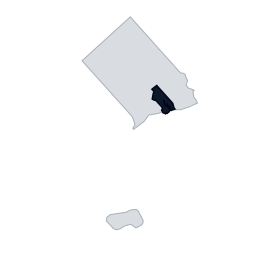 Mbini, Litoral, Equatorial Guinea (highlighted), rotated 228°
{"feature_id": "11065452B69337055746076", "entity_name": "Mbini", "entity_type": "district", "adm_level": 2, "iso_a3": "GNQ", "parent_name": "Equatorial Guinea", "parent_adm1": "Litoral", "projection": "mercator", "projection_center": [9.733, 1.591], "detail": "fine", "context": "in_parent", "style": "filled", "palette": "ink", "viewbox_px": 256, "rotation_deg": 228, "n_neighbors": 0, "source": "geoboundaries", "source_scale": "gbopen_adm2", "svg_char_len": 3794}
<svg xmlns="http://www.w3.org/2000/svg" viewBox="0 0 256 256"><g transform="rotate(228 128 128)"><path d="M208.7,138.8L208.8,151.7L208.9,162.7L208.9,174.5L209.0,186.9L209.0,197.3L209.1,204.1L197.6,204.0L182.5,204.0L167.3,203.9L152.1,203.9L144.4,203.9L136.0,203.8L133.3,204.2L131.5,205.9L129.2,206.3L126.6,204.8L123.5,204.1L122.6,202.6L121.1,199.9L117.9,199.6L116.4,199.9L114.1,201.4L111.6,202.3L112.0,201.0L107.0,197.6L103.4,197.3L100.1,196.3L102.8,187.5L106.2,179.7L111.2,173.8L113.9,172.4L114.7,169.5L118.7,160.0L123.7,152.2L122.1,144.3L123.3,131.1L124.7,131.5L125.0,132.7L125.3,134.6L127.2,136.2L133.3,138.7L151.6,138.8L162.5,138.8L178.7,138.8L195.7,138.8L208.7,138.8ZM63.8,49.7L65.1,49.9L73.5,49.7L75.8,52.7L75.5,57.0L66.9,69.8L65.3,75.1L62.0,79.7L59.1,80.0L49.2,77.4L47.5,75.7L46.9,73.6L47.9,68.5L48.6,67.0L53.4,66.0L54.9,65.2L57.5,59.7L58.3,54.7L60.4,51.0L63.8,49.7Z" fill="#d9dde1" stroke="#a8b0b8" stroke-width="1"/><path d="M140.8,171.7L137.6,171.7L137.3,171.4L137.0,170.2L134.4,166.8L133.4,165.4L133.1,165.4L133.0,165.5L132.8,165.5L132.6,165.8L132.4,166.0L132.2,166.0L132.1,165.9L131.8,165.8L131.7,165.8L131.3,166.2L131.0,166.4L130.8,166.5L130.7,166.5L130.1,167.1L121.0,167.2L119.6,166.7L118.6,164.8L115.6,164.2L115.5,164.4L115.4,164.5L115.2,164.7L114.8,164.8L114.7,165.0L114.5,165.3L114.4,165.4L114.2,165.4L113.9,165.5L113.7,165.8L113.6,165.7L113.6,165.8L113.5,166.0L113.4,166.1L113.3,166.3L113.2,166.4L113.1,166.5L112.9,166.5L112.7,166.7L112.7,166.8L112.7,167.0L112.8,167.2L112.7,167.3L112.7,167.5L112.7,167.8L112.7,168.0L112.7,168.3L112.6,168.5L112.5,168.8L112.5,169.0L112.6,169.3L112.7,169.2L112.7,169.3L112.8,169.3L112.9,169.5L113.0,169.8L113.3,170.0L113.5,170.2L113.5,170.3L113.7,170.6L113.8,170.8L113.8,171.0L114.0,171.3L114.3,171.5L114.7,171.7L115.0,171.9L115.3,172.0L115.5,172.1L115.8,172.1L116.0,172.1L116.3,172.3L116.5,172.3L116.8,172.2L117.0,172.0L117.2,171.9L117.3,171.8L117.5,171.7L117.8,171.5L118.1,171.3L118.3,171.2L118.6,171.1L118.8,170.9L119.0,170.8L119.4,170.8L119.6,170.8L119.7,170.7L119.8,170.7L120.1,170.7L120.3,170.8L120.5,170.9L120.9,170.8L121.0,170.8L121.3,171.0L121.5,171.3L121.8,171.4L122.0,171.5L122.4,171.7L122.5,171.7L122.8,171.6L123.0,171.7L123.2,171.8L123.3,172.0L123.3,172.3L123.4,172.5L123.5,172.7L123.8,172.8L124.0,172.7L124.3,172.7L124.5,172.7L124.5,172.8L124.4,172.8L124.1,172.8L123.9,172.8L123.7,172.8L123.4,172.8L123.3,172.7L123.2,172.5L123.2,172.4L123.2,172.1L123.2,171.9L123.0,171.7L122.9,171.7L122.7,171.8L122.4,171.8L122.1,171.8L121.9,171.7L121.7,171.6L121.5,171.4L121.3,171.3L121.1,171.1L120.9,171.0L120.7,171.0L120.4,171.0L120.2,170.9L120.1,171.0L119.8,171.1L119.6,171.1L119.4,171.2L119.2,171.2L118.9,171.2L118.8,171.3L118.7,171.4L118.6,171.6L118.7,171.8L118.8,171.9L118.8,172.0L118.8,172.3L119.0,172.5L119.3,172.6L119.6,172.7L119.8,172.9L119.9,173.1L119.8,173.3L119.7,173.2L119.7,172.9L119.5,172.7L119.4,172.8L119.2,172.8L118.9,172.8L118.8,172.6L118.7,172.5L118.7,172.3L118.6,172.2L118.5,171.9L118.4,171.9L118.2,172.0L117.8,172.1L117.7,172.1L117.6,172.3L117.6,172.5L117.4,172.7L117.2,172.7L116.8,172.7L116.7,172.8L116.5,173.0L116.4,173.0L116.1,173.1L115.9,173.1L115.7,173.0L115.4,173.2L115.5,173.2L115.5,173.3L115.4,173.3L115.3,173.2L115.2,172.9L114.9,172.7L114.7,172.5L114.6,172.4L114.3,172.3L114.2,172.2L113.9,172.0L113.9,171.9L113.8,171.7L113.7,171.5L113.6,171.4L113.5,171.2L113.3,171.1L113.2,171.1L112.9,171.3L112.7,171.3L112.5,171.6L112.4,171.6L112.3,171.8L112.1,171.9L112.0,172.0L112.0,172.4L112.0,172.5L111.9,172.8L111.8,173.0L111.6,173.3L111.4,173.7L111.4,173.8L111.3,174.1L111.2,174.3L111.1,174.5L111.0,174.8L110.9,175.0L110.8,175.3L110.7,175.6L111.8,175.5L113.0,176.1L116.5,177.8L126.3,177.8L131.8,177.8L134.4,177.8L140.4,177.8L140.5,176.1L140.7,174.1L140.8,171.7Z" fill="#0f172a" stroke="#020617" stroke-width="1.5"/></g></svg>